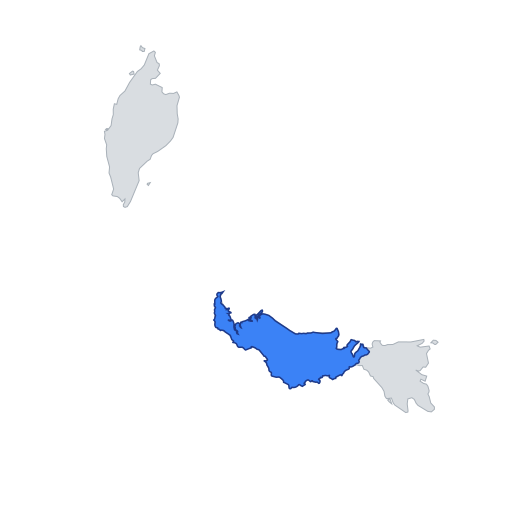 Sarawak on a map of Malaysia (Mercator projection), rotated 48°
{"feature_id": "MYS-1187", "entity_name": "Sarawak", "entity_type": "State", "adm_level": 1, "iso_a3": "MYS", "parent_name": "Malaysia", "parent_adm1": "", "projection": "mercator", "projection_center": [112.841, 2.907], "detail": "fine", "context": "in_parent", "style": "filled", "palette": "blue", "viewbox_px": 512, "rotation_deg": 48, "n_neighbors": 0, "source": "natural_earth", "source_scale": "10m", "svg_char_len": 9759}
<svg xmlns="http://www.w3.org/2000/svg" viewBox="0 0 512 512"><g transform="rotate(48 256 256)"><path d="M449.3,254.5L446.4,254.0L442.2,251.4L438.0,250.5L425.8,250.5L424.1,249.7L421.7,251.2L417.5,249.9L415.0,250.1L412.3,251.6L408.5,250.3L406.7,252.5L404.2,254.0L401.6,260.0L401.0,267.3L401.5,271.8L400.3,274.3L399.8,279.4L398.8,281.6L395.4,282.6L393.9,281.8L390.8,284.9L390.1,286.2L390.0,291.1L392.3,292.7L392.3,293.8L387.3,297.9L383.0,300.3L382.3,302.4L384.0,306.7L383.3,308.8L381.0,309.8L379.3,315.4L377.2,318.9L376.4,319.3L373.5,318.1L361.9,319.7L358.5,322.6L355.3,324.4L352.7,322.7L351.4,322.8L340.6,319.7L340.2,317.0L339.1,316.5L328.0,316.7L321.1,319.6L318.5,326.6L314.8,327.3L312.1,329.8L307.3,329.5L304.4,330.1L299.7,329.0L295.3,328.8L281.1,333.3L276.6,330.1L262.8,317.6L260.8,315.4L260.4,311.6L258.9,310.8L258.3,309.8L258.1,308.7L260.2,305.6L262.4,309.6L265.8,311.8L271.8,313.4L277.4,312.9L285.1,317.0L287.7,317.6L290.4,317.4L295.2,320.5L298.2,320.6L294.2,318.5L293.5,316.8L294.0,315.0L296.5,312.5L296.9,308.6L298.8,304.7L299.2,302.9L297.8,301.5L297.5,299.2L298.6,295.9L301.2,297.6L303.4,297.2L303.4,291.1L305.1,288.5L307.7,286.8L334.2,280.7L338.6,279.3L341.5,277.5L351.1,264.8L362.4,252.8L364.0,248.5L363.9,245.6L364.5,244.9L365.8,244.4L368.3,246.0L369.6,247.2L371.9,252.3L374.2,252.5L377.8,257.4L378.7,258.0L379.8,257.7L382.7,254.6L383.5,252.2L382.9,251.9L384.2,249.2L383.0,247.5L382.0,241.4L388.7,237.1L388.7,242.1L390.6,249.3L393.9,250.3L395.6,249.9L394.7,247.7L394.4,243.5L393.5,240.7L391.4,237.1L397.0,236.3L401.2,232.5L401.9,230.1L399.1,228.6L398.1,226.8L398.0,224.8L402.4,220.3L402.9,221.6L405.7,222.0L407.0,221.9L408.9,220.0L409.9,217.4L413.3,213.6L415.1,207.7L423.6,198.3L430.3,187.1L431.7,188.0L432.1,191.0L430.6,196.3L433.6,195.0L438.7,187.6L441.6,188.8L441.5,190.9L442.6,194.6L451.0,199.5L452.2,204.3L450.3,206.1L451.0,210.8L450.3,212.2L447.6,213.6L455.1,212.2L459.5,209.5L462.2,214.1L457.9,215.9L458.8,217.8L462.9,216.7L465.3,215.1L467.8,215.4L471.7,217.3L472.8,218.4L473.6,220.6L476.4,221.4L482.2,224.5L487.5,224.4L489.3,226.0L489.2,230.0L486.4,232.3L475.4,235.6L472.5,235.5L468.5,234.3L465.6,235.0L463.8,238.8L467.1,242.6L472.8,246.6L473.6,247.6L472.5,249.5L459.6,252.6L456.9,252.3L452.2,250.4L449.3,254.5ZM34.0,200.2L35.3,194.7L37.3,194.5L39.3,197.6L46.1,200.1L48.1,199.3L49.1,199.8L50.0,200.6L51.9,204.9L56.2,205.0L56.7,211.8L54.7,214.5L54.5,216.3L57.6,219.5L59.5,218.7L61.0,215.8L68.1,213.0L71.1,216.1L73.7,216.1L75.7,215.0L77.2,211.3L80.0,208.5L81.1,205.0L85.2,205.9L86.8,206.7L91.4,214.1L97.5,219.3L102.1,222.2L104.8,225.0L112.4,238.3L113.3,242.6L113.7,249.2L112.5,259.1L111.1,264.1L111.4,266.4L113.3,270.0L112.7,273.4L113.0,284.0L115.3,287.8L121.8,292.4L131.5,312.8L133.2,318.6L132.2,320.8L130.5,321.4L129.0,320.2L128.1,317.4L125.9,315.2L126.1,319.2L121.9,318.7L119.0,319.3L115.6,322.1L113.9,322.2L111.0,317.0L100.1,311.2L96.0,309.7L91.8,305.2L82.2,300.3L76.1,295.5L73.5,292.6L67.3,290.0L64.6,286.9L61.9,285.2L63.3,282.2L62.1,276.4L57.7,271.2L55.5,267.5L51.4,263.9L48.1,259.4L50.1,258.0L46.9,253.2L45.7,249.7L45.7,243.0L42.4,233.7L39.5,220.7L40.0,216.1L39.3,211.2L34.0,200.2ZM439.0,182.8L437.5,184.1L437.2,180.6L439.1,178.8L441.9,178.4L442.0,181.6L441.3,182.4L439.0,182.8ZM27.5,199.7L29.2,202.2L27.9,203.7L26.9,203.3L25.0,204.5L23.0,202.0L22.7,200.8L25.2,201.0L27.5,199.7ZM302.1,296.3L301.4,296.7L300.3,295.8L300.0,288.6L300.8,287.9L301.9,289.3L302.1,296.3ZM39.2,224.9L37.4,228.3L35.7,228.0L36.0,224.0L37.0,223.5L39.2,224.9ZM456.7,254.1L453.4,254.6L451.1,254.5L451.4,252.6L452.5,252.3L456.7,254.1ZM131.6,288.8L129.8,288.9L129.4,288.0L130.7,285.5L131.6,288.8ZM62.5,282.7L61.3,283.1L61.4,281.6L62.3,280.8L62.5,282.7Z" fill="#d9dde1" stroke="#a8b0b8" stroke-width="1"/><path d="M396.3,251.1L396.6,250.7L396.6,250.2L394.8,248.2L394.5,247.3L394.4,246.2L394.6,244.0L394.5,243.4L393.0,238.9L392.4,238.0L391.5,237.4L391.5,236.9L392.3,236.9L392.5,236.7L392.8,235.9L393.0,235.7L393.4,235.7L393.7,236.2L394.8,236.4L395.3,237.0L396.2,237.1L396.8,236.8L398.1,235.6L400.3,235.8L402.1,235.7L402.8,235.7L403.2,236.1L403.7,238.9L403.2,240.4L402.5,241.2L402.2,243.0L401.3,244.7L401.4,246.7L401.9,247.9L402.1,249.3L402.2,249.5L403.2,249.8L403.6,250.1L403.9,250.6L404.1,251.1L403.8,252.1L403.0,253.3L403.0,254.2L403.2,255.1L402.8,257.6L402.5,258.7L401.9,259.8L400.9,260.5L400.8,261.0L402.0,262.0L402.1,262.8L401.1,265.5L401.0,267.4L401.1,268.0L401.7,269.4L401.7,270.7L402.1,271.4L402.3,272.2L402.0,272.5L401.3,272.3L400.8,272.8L400.4,273.9L399.5,277.5L399.5,277.9L400.3,278.7L399.5,279.8L399.1,281.7L397.7,282.0L396.2,282.6L395.4,282.8L394.7,282.4L394.1,281.5L393.8,281.4L393.0,282.9L391.0,284.5L390.4,285.8L389.7,286.4L389.7,286.8L390.4,287.6L390.5,288.1L390.3,288.7L389.5,289.0L389.4,289.3L389.7,290.2L389.4,291.7L389.7,292.1L390.8,291.8L391.7,292.0L392.6,293.1L392.9,294.1L392.6,294.6L391.0,294.8L390.5,295.1L389.6,296.2L388.9,296.6L387.4,297.7L386.5,297.6L386.2,297.8L386.0,298.3L386.1,299.2L386.0,299.5L385.3,299.7L383.5,299.9L382.8,300.3L382.4,301.3L382.2,303.0L382.5,303.6L382.6,304.8L382.8,305.4L384.0,305.2L384.3,305.3L384.4,306.0L384.0,307.2L384.0,308.6L383.7,308.8L382.4,309.4L380.9,309.6L380.4,310.0L380.2,310.5L380.4,311.9L380.2,313.5L379.7,314.8L379.1,315.8L377.9,316.9L377.6,317.3L377.8,318.9L377.6,319.3L377.2,319.7L376.7,319.8L376.2,319.7L374.3,318.3L373.7,318.1L373.2,318.0L369.1,319.6L368.4,320.0L368.1,319.9L367.4,319.2L366.5,319.0L365.5,319.0L362.1,319.5L361.1,320.1L359.7,322.0L355.9,324.5L355.3,324.6L354.6,324.3L353.4,322.9L352.9,322.6L352.4,322.6L351.0,323.1L349.9,323.0L348.1,321.7L347.0,321.3L344.2,320.8L343.4,320.2L342.6,319.8L341.7,319.7L339.5,320.1L339.4,320.0L339.5,319.7L340.6,318.8L341.0,317.8L341.0,317.3L340.8,316.9L339.8,316.5L338.3,316.5L337.0,316.2L336.6,316.3L336.0,317.0L335.7,317.1L334.9,316.9L327.8,316.5L327.3,316.7L326.1,317.6L323.7,318.0L320.9,319.4L320.5,319.7L320.3,320.3L320.4,320.5L321.0,320.5L321.1,321.0L320.3,322.7L318.9,326.6L317.9,326.9L316.0,326.8L314.5,327.3L312.4,329.8L311.0,330.2L308.4,329.3L307.7,329.3L305.7,330.1L305.1,330.9L304.8,331.0L304.3,329.7L304.1,329.5L303.7,329.5L302.3,329.9L301.8,329.9L298.0,328.3L297.6,328.2L292.2,329.6L290.0,329.8L289.4,330.1L288.0,331.2L287.8,331.6L287.7,332.2L287.5,332.3L287.1,332.1L286.3,332.5L285.8,332.4L284.8,333.1L284.5,333.0L283.9,332.6L283.7,332.6L283.2,333.1L282.2,333.6L281.1,333.4L280.0,332.9L279.1,332.2L277.7,330.5L276.2,330.1L275.6,330.3L275.3,330.2L275.2,329.1L273.1,325.9L272.7,325.7L270.8,325.3L270.3,324.9L269.8,324.0L269.4,323.6L268.2,322.9L267.5,321.0L267.2,320.6L266.7,320.4L265.3,320.4L264.9,320.1L264.3,318.9L263.7,319.1L263.7,318.5L263.5,318.2L261.4,316.4L260.7,315.3L260.5,313.8L260.7,311.9L260.5,311.4L260.1,311.3L258.8,311.2L258.1,310.4L257.9,308.5L258.9,307.5L259.6,306.6L260.2,305.5L260.6,304.3L261.1,306.6L260.8,307.7L261.8,309.3L262.7,310.1L264.2,310.7L266.4,311.9L267.3,313.6L268.9,313.6L270.0,313.3L273.1,313.3L274.1,313.8L275.1,313.2L276.0,314.0L276.4,313.2L276.2,312.7L276.2,311.7L276.5,311.2L276.9,310.9L277.2,311.1L277.4,311.7L277.7,312.2L277.8,313.0L278.3,313.4L279.1,313.5L279.3,313.4L279.6,312.9L281.2,312.4L281.5,312.8L281.0,313.5L280.7,314.6L280.1,315.3L281.1,315.0L281.7,315.4L281.8,315.8L282.1,315.9L283.1,315.6L286.4,317.0L286.7,317.6L286.5,318.2L285.2,319.2L285.2,319.4L286.3,319.3L287.2,318.6L287.5,318.2L287.3,316.9L287.9,316.4L289.0,316.6L291.1,317.4L292.1,318.1L293.9,319.9L296.2,321.2L296.5,321.3L297.1,321.2L298.4,320.6L299.2,321.0L300.0,321.7L301.0,322.1L302.0,321.6L300.6,321.3L300.1,320.3L299.1,320.0L298.4,320.1L297.6,320.5L296.6,320.4L295.5,319.4L294.4,319.0L294.0,318.7L293.6,317.6L293.1,317.1L293.0,316.8L293.0,315.9L293.5,314.2L293.8,313.9L295.7,313.6L296.1,313.8L296.7,314.8L297.1,315.1L298.0,314.8L298.7,315.3L299.2,315.1L298.5,314.9L298.1,314.5L297.0,314.3L296.9,314.1L296.6,313.6L295.9,313.2L295.3,312.3L295.1,311.6L296.0,311.2L295.5,310.6L295.6,310.2L297.0,307.4L297.7,305.1L297.8,304.6L298.6,304.7L299.2,304.6L298.6,304.1L298.6,303.5L298.9,303.2L300.9,303.6L301.3,303.2L301.9,302.4L301.6,302.2L301.3,302.3L301.1,302.5L300.9,303.1L300.7,303.2L299.8,302.7L299.3,302.6L297.3,302.8L297.1,302.0L297.3,301.6L297.6,301.2L298.1,301.0L298.6,301.1L298.3,300.6L297.4,300.4L297.3,300.2L297.8,297.0L298.1,296.3L298.7,295.9L298.9,296.3L300.0,296.7L300.9,297.7L301.6,298.1L302.5,297.6L303.5,297.4L304.6,298.0L304.4,297.6L303.0,296.1L302.5,294.7L304.5,295.0L304.9,294.6L305.3,294.6L303.8,294.1L302.9,293.4L302.8,292.4L303.3,290.0L303.8,289.4L305.5,288.1L308.8,286.2L313.3,285.3L317.0,285.1L330.3,281.6L334.0,280.8L335.4,280.3L339.8,279.0L340.6,278.6L341.9,277.2L342.4,276.3L342.1,275.8L344.3,274.0L345.2,272.5L347.1,270.9L347.5,270.2L347.8,269.1L348.3,268.7L349.8,267.0L350.3,266.0L350.8,264.5L352.2,263.5L358.0,258.5L363.0,252.0L363.5,250.9L363.3,250.0L363.8,249.2L364.1,248.2L364.0,247.0L363.5,244.8L363.7,244.4L364.2,244.2L365.8,245.0L367.1,245.2L368.4,246.0L369.2,246.5L369.4,246.9L370.1,247.1L370.2,247.6L370.6,248.1L370.8,248.8L370.8,249.5L371.1,250.0L371.3,251.0L370.8,251.7L371.0,252.3L372.8,252.5L374.2,252.4L374.5,252.7L375.0,254.2L375.6,255.1L377.8,257.0L378.2,258.1L379.2,258.2L380.3,257.5L382.5,255.4L383.0,253.6L383.7,252.4L383.6,252.0L382.9,252.3L382.8,251.8L384.0,250.5L384.4,249.2L384.4,248.5L383.4,248.2L383.0,247.6L382.7,243.4L381.9,241.6L381.9,241.2L383.4,240.3L384.6,239.3L385.1,239.2L386.4,239.3L386.8,239.0L387.1,237.9L388.4,236.7L388.6,237.2L388.7,239.0L388.6,240.9L388.7,242.8L388.9,243.8L389.9,246.6L390.2,248.9L390.7,249.5L392.1,250.0L392.6,250.1L393.3,250.0L394.1,250.5L394.6,250.5L395.8,251.1L396.3,251.1ZM302.6,296.9L302.6,297.4L302.2,297.1L301.7,297.7L301.0,296.4L300.3,296.0L300.2,295.5L300.4,293.5L300.0,289.5L300.0,288.3L300.4,287.6L301.2,287.9L301.7,288.6L301.9,289.6L301.9,293.8L302.1,295.5L302.6,296.9Z" fill="#3b82f6" stroke="#1e3a8a" stroke-width="1.5"/></g></svg>